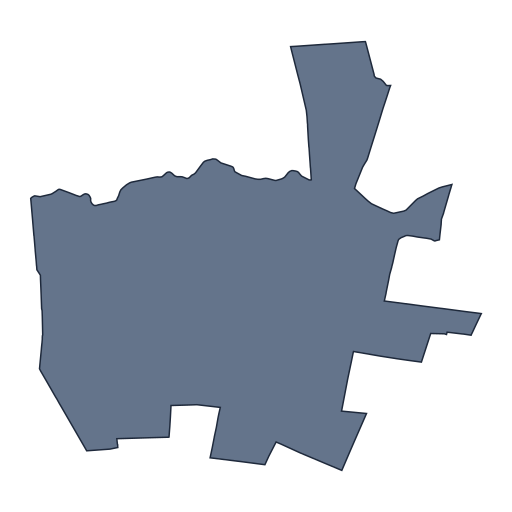 outline of Zavoaia, Braila, Romania
{"feature_id": "2599482B8806992520419", "entity_name": "Zavoaia", "entity_type": "district", "adm_level": 2, "iso_a3": "ROU", "parent_name": "Romania", "parent_adm1": "Braila", "projection": "mercator", "projection_center": [27.485, 44.962], "detail": "fine", "context": "isolated", "style": "filled", "palette": "slate", "viewbox_px": 512, "rotation_deg": 0, "n_neighbors": 0, "source": "geoboundaries", "source_scale": "gbopen_adm2", "svg_char_len": 4595}
<svg xmlns="http://www.w3.org/2000/svg" viewBox="0 0 512 512"><path d="M451.9,184.5L448.7,185.3L445.5,186.1L442.3,186.9L438.9,188.0L427.6,193.6L423.3,196.0L417.6,198.8L415.6,200.5L406.1,210.1L403.8,211.1L393.6,213.3L390.5,212.5L387.1,210.9L382.3,208.8L375.2,205.5L371.4,203.7L368.1,201.1L365.2,198.5L361.8,195.3L354.5,188.5L355.9,183.8L357.6,179.6L362.6,167.2L364.4,164.1L366.9,160.1L367.7,157.9L369.3,152.7L371.5,145.6L372.2,143.4L374.4,136.4L376.6,129.3L378.8,122.2L380.9,115.3L383.0,108.4L384.8,103.0L387.2,95.7L389.9,87.3L390.6,85.5L390.0,85.5L387.9,85.6L386.4,85.4L383.2,81.4L380.6,79.2L376.0,78.0L374.9,76.8L374.4,76.2L374.1,75.2L374.1,74.5L370.9,62.3L366.7,46.3L365.9,43.3L365.4,41.6L362.9,41.7L351.6,42.5L343.0,43.1L334.4,43.7L331.5,43.9L325.2,44.3L324.6,44.3L317.6,44.8L296.0,46.3L290.6,46.6L291.6,50.7L297.7,74.6L300.1,83.7L306.3,110.3L307.0,116.7L307.4,122.9L307.6,124.5L307.6,126.2L308.3,138.6L308.3,138.9L308.9,147.1L309.0,147.2L309.4,153.0L309.4,153.4L310.2,164.4L310.2,164.8L310.4,167.5L310.5,167.9L311.3,179.8L310.7,180.0L309.1,179.9L301.6,176.1L300.1,174.4L298.5,172.4L297.4,171.6L295.8,171.1L292.9,170.6L291.7,170.6L289.6,171.5L288.1,172.8L286.4,175.0L284.7,177.1L283.2,178.1L281.6,178.9L279.1,179.6L276.0,180.5L274.8,180.4L267.9,178.6L265.8,178.3L263.5,178.6L260.6,179.3L257.9,179.3L255.2,178.9L251.9,178.0L245.7,176.3L241.7,175.5L235.1,171.9L234.5,171.1L233.7,168.4L233.1,167.3L232.4,166.8L230.7,166.1L220.9,162.9L217.0,159.9L216.1,159.3L215.4,159.1L212.7,158.9L210.6,159.6L207.3,160.3L204.8,161.2L203.4,162.3L200.5,166.1L195.5,172.9L193.9,174.2L191.8,175.2L190.7,176.2L189.4,177.6L188.1,178.3L186.8,178.5L185.7,178.1L183.9,177.4L182.1,176.8L180.8,176.7L177.9,176.7L177.0,176.7L175.5,176.2L174.5,175.7L171.8,173.2L171.0,172.7L170.0,172.1L169.3,172.0L168.3,172.1L167.4,172.3L166.5,172.8L165.7,173.5L163.3,175.7L161.9,176.8L159.9,177.1L157.2,176.9L155.2,177.2L152.4,177.8L146.6,179.1L136.7,181.1L131.3,182.2L129.6,182.9L126.5,184.8L122.8,187.9L120.9,189.8L119.8,192.0L118.6,195.8L117.3,198.4L116.8,199.9L115.9,200.7L114.5,201.3L111.3,201.9L109.0,202.4L106.6,203.1L103.6,203.7L101.0,204.3L98.4,204.8L96.2,205.5L94.6,205.5L93.5,205.1L92.0,203.7L91.2,202.4L90.8,201.4L90.6,200.3L90.7,198.6L90.3,197.4L89.7,196.4L89.1,195.4L88.1,194.5L87.1,194.1L85.8,193.8L84.5,194.0L83.3,194.6L82.1,195.4L81.1,196.1L80.3,196.4L79.3,196.5L78.0,196.0L76.3,195.5L73.0,194.2L68.6,192.5L60.7,189.6L59.7,189.3L58.6,189.4L57.8,189.9L55.9,191.3L52.1,193.7L51.0,194.2L40.1,196.7L35.1,195.9L34.4,195.9L32.7,196.8L31.6,197.5L30.7,198.4L31.0,201.6L32.7,221.1L32.7,221.3L33.9,235.5L34.0,235.7L35.2,250.0L35.2,250.5L36.2,261.4L36.5,265.5L36.6,265.9L36.9,269.8L40.4,275.2L40.5,278.9L40.5,279.3L40.9,288.4L41.2,296.3L41.2,296.5L41.6,307.9L41.6,308.4L42.1,310.7L42.3,316.8L42.7,335.0L42.4,335.7L42.3,337.4L42.3,339.2L42.0,342.8L41.6,346.4L41.3,349.9L39.5,368.8L40.8,371.3L45.4,379.2L49.3,386.0L54.8,395.6L55.8,397.3L56.7,398.7L57.2,399.6L59.3,403.4L60.9,406.1L61.6,407.3L71.7,424.8L86.7,450.8L110.0,449.1L117.8,447.5L117.7,446.4L117.7,446.2L117.7,445.2L117.6,444.4L117.4,444.2L116.8,438.7L150.4,437.7L150.5,437.7L168.8,437.2L169.0,437.1L169.8,426.7L170.4,417.1L171.0,405.5L188.5,405.0L196.7,404.7L196.9,404.7L220.3,407.4L218.8,414.0L218.0,418.0L216.3,427.7L214.3,436.9L214.3,437.1L212.2,447.9L210.1,457.8L242.6,461.8L264.9,464.7L268.8,456.2L276.1,442.0L280.8,444.0L297.6,451.7L300.7,453.1L341.8,470.4L349.7,452.0L354.6,440.7L366.5,413.5L341.5,411.1L341.9,409.3L347.7,379.0L351.3,361.9L353.3,352.1L353.5,351.5L380.2,356.1L395.0,358.4L396.1,358.6L397.5,358.8L409.5,360.5L421.4,362.1L430.7,333.5L444.4,333.8L446.5,334.5L446.7,333.7L447.1,332.2L448.2,332.3L462.6,334.0L463.1,334.0L469.1,334.9L471.1,335.2L471.4,334.4L472.1,333.0L472.4,332.4L475.9,324.9L480.7,314.8L481.3,313.6L477.7,313.1L476.9,313.0L466.4,311.7L464.9,311.5L448.3,309.3L441.5,308.4L441.2,308.4L420.2,305.7L419.7,305.6L384.3,301.0L384.5,300.3L384.6,299.7L386.0,293.5L386.1,292.6L388.5,280.8L388.6,280.3L389.7,274.3L391.7,267.3L391.7,267.0L391.9,266.2L392.8,262.8L394.7,254.1L396.2,247.6L396.3,247.2L398.1,240.7L398.6,239.6L399.0,239.2L399.3,238.9L400.5,238.1L401.2,237.6L401.5,237.5L404.2,236.4L405.7,235.7L406.0,235.6L407.3,235.5L407.9,235.5L409.5,235.7L412.7,236.1L417.4,237.0L420.2,237.4L425.3,238.1L425.8,238.1L426.3,238.2L431.1,239.1L433.8,240.6L434.4,240.9L435.2,240.9L436.4,240.5L439.4,239.8L440.1,233.1L440.2,232.4L441.1,224.7L441.3,221.1L441.4,220.2L441.4,219.2L443.6,213.1L443.7,212.5L445.9,204.9L448.6,195.6L448.8,194.8L450.6,188.8L451.0,187.6L451.3,186.4L451.7,185.1L451.9,184.5Z" fill="#64748b" stroke="#1e293b" stroke-width="1.5"/></svg>